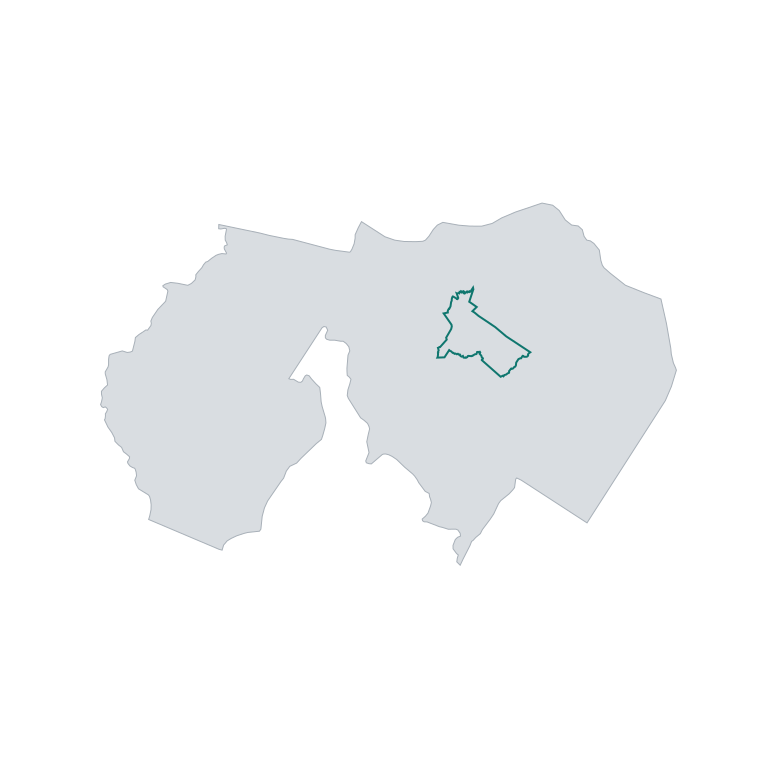 Mumbwa, Central, Zambia shown in context, rotated 213°
{"feature_id": "96606910B37920738728221", "entity_name": "Mumbwa", "entity_type": "district", "adm_level": 2, "iso_a3": "ZMB", "parent_name": "Zambia", "parent_adm1": "Central", "projection": "natural_earth1", "projection_center": [26.865, -14.958], "detail": "medium", "context": "in_parent", "style": "outline", "palette": "teal", "viewbox_px": 768, "rotation_deg": 213, "n_neighbors": 0, "source": "geoboundaries", "source_scale": "gbopen_adm2", "svg_char_len": 5628}
<svg xmlns="http://www.w3.org/2000/svg" viewBox="0 0 768 768"><g transform="rotate(213 384 384)"><path d="M491.3,507.9L463.4,508.0L453.3,510.5L444.9,514.4L435.0,520.6L429.2,524.8L427.6,527.2L426.8,532.4L426.8,540.5L425.8,546.3L422.7,551.6L407.6,558.0L397.8,563.3L388.1,569.5L380.7,577.6L375.7,587.5L367.4,599.8L350.0,621.8L339.9,625.8L331.5,624.9L321.3,620.3L313.2,619.5L307.2,622.3L301.7,621.4L296.6,616.8L292.3,615.1L288.9,616.4L284.5,616.2L276.4,613.6L269.5,605.8L265.7,602.6L262.8,601.3L254.5,600.1L235.3,598.3L215.5,602.2L198.0,606.1L180.2,588.7L163.0,570.2L159.3,565.5L152.8,559.3L148.2,556.3L146.3,554.8L141.6,538.4L139.0,523.3L138.1,378.1L216.5,378.1L221.5,377.5L221.7,375.9L218.1,368.2L218.3,365.4L219.2,360.2L222.6,349.7L222.8,346.1L221.2,334.7L221.3,328.3L222.2,315.4L221.7,311.0L223.5,305.2L224.1,301.4L224.8,299.7L223.9,295.3L222.3,280.0L221.4,273.5L226.1,274.5L227.6,277.7L228.6,281.1L230.7,281.3L236.3,283.4L238.2,286.2L239.5,292.4L238.8,295.5L237.0,298.1L238.8,300.3L242.5,301.8L244.7,301.4L251.0,297.2L256.8,295.6L259.8,294.5L272.7,291.8L275.3,290.3L277.1,290.3L278.4,291.5L277.2,295.8L276.8,299.7L278.5,307.0L279.7,310.4L282.4,312.9L284.3,314.2L286.5,316.8L291.0,316.4L301.0,320.1L304.0,321.8L308.2,323.5L311.1,324.2L321.4,325.5L332.2,327.6L337.8,327.7L341.7,327.2L344.5,326.2L346.2,325.0L347.0,324.0L351.1,310.1L353.2,309.0L355.9,308.3L357.4,309.5L359.2,318.3L367.0,326.2L369.6,332.8L371.6,338.5L373.3,340.1L376.3,342.0L381.0,342.7L385.2,342.9L406.2,352.6L408.6,354.4L411.1,359.5L412.7,365.4L414.3,370.0L417.0,370.9L419.5,371.2L421.9,374.4L423.7,377.1L429.9,388.6L430.7,393.1L433.8,396.1L437.8,397.4L441.6,397.6L443.8,396.2L449.2,393.9L453.4,391.2L456.4,390.3L458.3,390.8L459.6,392.7L460.5,398.4L463.5,400.3L465.7,399.5L466.6,397.3L466.6,396.2L466.7,336.6L464.8,337.0L462.4,338.7L456.8,338.9L454.7,340.1L454.0,342.0L454.4,344.5L454.5,347.9L453.7,349.5L451.2,350.1L447.7,348.8L441.3,347.1L436.0,346.1L432.2,341.6L427.0,334.8L423.6,331.4L415.4,324.4L414.0,323.0L411.5,319.7L409.4,314.1L407.4,307.7L406.3,303.5L408.3,297.2L413.1,276.6L414.2,270.1L418.2,263.6L418.5,257.8L416.9,250.3L417.3,246.1L417.9,222.5L416.8,215.0L414.1,206.7L408.2,195.2L408.3,192.7L417.4,185.3L420.1,182.4L424.9,176.4L428.1,171.2L430.1,167.0L430.8,161.6L429.3,156.5L432.4,155.5L507.6,142.2L508.6,145.7L510.9,151.6L513.5,155.9L516.7,159.7L519.4,162.0L521.2,162.7L532.8,162.4L537.0,164.7L540.6,167.6L541.5,172.2L543.8,175.0L546.4,177.2L547.5,177.5L549.4,177.0L552.5,176.9L555.4,177.9L556.7,178.9L556.9,182.7L557.7,184.4L561.6,185.0L565.6,185.3L569.5,187.9L573.6,188.3L578.4,189.4L580.7,192.1L585.8,195.0L592.0,197.5L598.9,201.7L599.0,203.0L600.2,205.5L601.4,207.2L601.5,209.8L602.0,212.3L603.8,212.9L605.3,213.0L606.6,211.3L608.5,211.3L610.5,212.4L611.2,215.2L612.7,219.0L615.3,221.5L617.0,224.0L616.4,228.5L615.3,232.6L618.7,236.7L623.2,240.6L624.4,242.3L624.7,248.0L625.4,250.0L628.4,254.7L629.9,257.9L629.8,259.7L621.5,269.2L616.5,270.6L614.2,272.6L612.9,274.6L616.1,284.0L617.8,287.6L616.4,292.1L613.1,299.7L611.6,300.3L611.3,306.1L612.2,308.2L613.8,309.8L614.5,313.7L614.3,323.4L612.2,334.5L615.8,344.1L617.1,345.1L622.2,345.2L623.0,346.0L621.8,348.7L618.2,353.0L611.7,356.2L602.3,359.9L600.3,363.4L599.1,368.4L600.1,371.4L601.3,373.1L600.9,377.5L600.1,382.2L600.3,385.8L599.9,389.1L598.6,390.7L597.0,395.6L594.9,400.5L593.3,402.7L591.0,405.1L587.3,407.0L587.3,408.0L591.5,410.3L592.6,411.8L592.9,412.9L591.2,415.4L593.1,416.9L595.5,418.2L597.7,421.4L600.2,427.6L600.6,428.2L601.3,428.3L602.7,427.6L605.3,425.1L607.2,424.2L609.4,427.8L570.3,443.0L561.2,446.1L547.5,451.5L543.0,453.5L539.4,455.5L503.1,467.4L497.4,469.7L484.6,475.8L484.2,476.8L484.3,479.6L485.4,485.3L487.6,490.5L489.5,493.5L490.7,501.1L491.3,507.9Z" fill="#d9dde1" stroke="#a8b0b8" stroke-width="1"/><path d="M357.1,445.5L357.7,445.2L358.0,444.1L358.4,443.7L356.5,442.0L356.1,440.1L355.6,439.9L355.4,439.0L354.7,438.1L353.7,435.9L353.6,435.2L347.8,439.3L347.8,447.9L346.5,447.7L345.4,448.0L343.4,447.5L342.7,448.0L341.3,447.7L340.6,448.5L339.1,448.6L338.5,449.6L337.3,449.4L336.5,450.1L336.1,450.0L335.9,449.4L334.8,449.1L333.7,449.3L333.1,450.5L331.6,449.5L330.4,450.1L330.0,450.8L329.5,450.7L329.2,451.2L328.8,451.9L328.9,453.0L328.6,453.5L325.8,455.0L325.4,455.8L325.0,455.9L324.9,456.5L323.9,458.5L323.1,459.1L322.8,459.6L323.3,461.6L322.3,462.3L321.8,462.2L321.2,463.2L320.5,462.9L320.2,461.4L317.9,460.8L316.6,459.7L315.0,459.4L314.8,458.8L315.2,457.7L315.0,457.3L290.1,453.6L288.8,455.8L288.0,455.6L287.8,457.2L286.6,458.6L286.2,460.1L285.3,461.3L285.3,461.7L286.1,462.9L285.8,466.0L285.7,466.3L285.0,466.3L284.2,467.4L284.0,469.2L283.4,470.0L283.5,471.4L284.8,474.0L284.8,478.1L283.7,479.8L283.0,480.3L283.1,482.5L283.0,483.2L282.4,483.4L281.4,483.1L279.5,484.3L278.8,485.1L278.6,486.3L279.2,487.0L279.4,488.1L278.6,490.3L307.5,490.5L321.8,492.3L341.8,492.6L346.8,493.2L349.5,493.2L348.2,499.1L357.3,499.4L360.6,511.9L360.9,511.8L361.0,512.6L360.8,512.6L361.2,512.7L361.8,513.3L361.8,508.5L362.4,507.7L363.0,508.1L363.9,506.3L364.8,506.8L365.1,506.2L365.1,505.4L365.7,505.0L365.5,504.1L365.9,503.6L366.2,503.6L366.4,504.7L367.4,504.4L367.5,505.1L367.9,505.1L368.1,504.5L368.5,504.3L368.1,504.0L368.2,503.6L369.6,503.7L369.4,503.0L370.1,503.1L370.1,502.6L370.8,502.4L370.4,501.1L370.9,501.1L371.5,500.3L371.6,499.7L372.4,499.6L368.6,496.6L368.6,495.2L369.3,494.9L369.9,495.2L373.8,495.0L374.0,494.9L374.0,493.9L373.5,492.3L372.6,490.8L372.3,489.2L370.5,485.3L370.2,482.6L370.6,482.5L370.5,480.8L370.1,479.6L369.4,478.7L372.4,475.7L359.7,470.5L358.5,469.2L357.6,466.7L357.1,456.7L355.6,455.4L357.1,445.5Z" fill="none" stroke="#0f766e" stroke-width="2"/></g></svg>